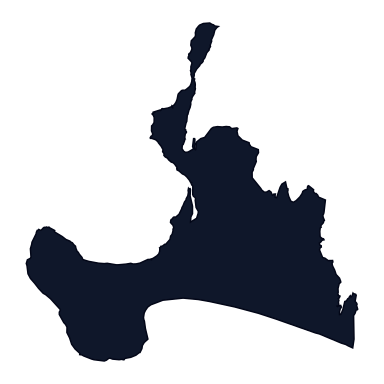 As Salif, Al Hudaydah, Yemen (orthographic projection)
{"feature_id": "15242507B64792839712750", "entity_name": "As Salif", "entity_type": "district", "adm_level": 2, "iso_a3": "YEM", "parent_name": "Yemen", "parent_adm1": "Al Hudaydah", "projection": "orthographic", "projection_center": [42.691, 15.273], "detail": "fine", "context": "isolated", "style": "filled", "palette": "ink", "viewbox_px": 384, "rotation_deg": 0, "n_neighbors": 0, "source": "geoboundaries", "source_scale": "gbopen_adm2", "svg_char_len": 5990}
<svg xmlns="http://www.w3.org/2000/svg" viewBox="0 0 384 384"><path d="M354.0,339.2L353.6,315.6L355.0,313.4L356.1,310.1L357.4,309.7L357.7,309.2L356.5,305.1L357.0,304.6L356.8,303.4L355.1,301.3L356.2,295.3L355.7,294.3L353.4,293.6L353.0,293.1L352.2,295.6L351.0,297.0L350.3,295.7L349.3,297.0L348.9,298.1L347.8,298.7L346.4,300.9L344.8,301.5L342.9,309.4L341.8,312.2L340.7,314.5L339.5,314.6L339.5,311.9L340.1,309.3L341.4,307.1L340.7,305.4L337.4,306.6L337.0,306.1L338.9,305.3L338.4,302.0L338.9,300.5L338.3,298.5L339.3,297.9L340.0,296.1L338.2,295.4L338.3,294.8L337.8,293.7L338.2,292.4L338.0,288.6L339.2,283.6L340.7,282.4L340.7,281.4L339.5,278.2L336.1,274.5L334.6,270.0L332.9,266.6L332.3,265.1L332.1,263.0L332.9,262.0L332.6,260.5L328.2,260.6L325.0,258.2L322.6,257.5L319.5,249.9L320.1,247.8L321.3,247.1L321.2,245.7L319.7,245.0L319.4,243.0L320.9,241.9L322.0,240.3L324.0,239.8L323.5,238.8L321.8,238.3L320.1,236.7L319.8,231.5L320.2,228.0L321.2,227.2L320.8,226.2L321.1,225.3L323.3,222.8L323.8,221.0L324.4,220.4L323.1,217.1L322.9,215.0L323.6,213.9L324.0,212.2L325.4,200.0L318.5,197.1L317.7,195.1L316.1,193.5L315.3,193.6L313.8,192.4L313.4,190.8L313.6,189.7L308.6,185.7L307.7,186.2L307.4,187.7L307.5,189.1L304.6,190.1L302.8,191.4L302.2,193.4L299.9,196.9L296.1,200.7L293.3,202.3L290.8,201.1L288.7,196.4L287.6,191.9L288.0,190.1L287.9,188.7L286.9,188.4L285.5,181.9L281.9,184.1L280.1,187.3L276.6,197.7L275.2,197.4L275.1,195.2L275.4,194.0L273.8,194.1L273.5,195.0L272.5,195.3L270.9,191.9L269.1,190.6L266.3,192.2L264.2,192.1L261.6,189.9L260.9,188.6L252.2,177.8L252.1,172.3L253.4,169.7L253.3,168.6L256.3,161.5L256.0,159.7L256.2,156.7L258.5,152.7L258.3,149.6L250.9,146.7L250.1,145.2L249.5,144.9L249.1,142.7L242.3,140.1L237.9,135.7L237.0,131.3L237.9,128.5L236.9,127.9L231.7,128.6L229.5,126.8L226.1,126.5L222.2,127.0L217.5,126.6L213.3,127.3L211.4,128.5L204.7,137.4L200.8,138.6L196.7,141.9L196.3,143.8L196.1,149.0L195.6,149.7L194.7,149.4L194.6,148.6L194.6,145.6L195.1,143.9L194.8,142.4L194.9,139.3L194.6,138.6L193.6,138.6L192.6,146.6L193.4,148.4L193.0,149.2L188.2,152.0L185.6,152.4L183.7,151.3L182.0,148.6L182.3,145.7L182.8,144.5L183.2,144.4L184.6,140.6L184.7,139.2L185.2,139.0L184.9,138.5L184.8,136.9L185.3,133.8L186.4,132.5L186.4,131.7L185.5,130.6L185.7,129.9L185.0,129.4L184.8,128.3L186.0,123.1L186.8,121.3L187.3,114.9L187.8,114.6L188.9,110.3L190.1,107.5L190.8,104.3L190.7,102.1L192.0,99.1L191.8,98.1L192.6,96.5L194.8,93.2L194.6,93.0L194.7,91.6L195.4,88.7L195.1,87.2L195.3,84.9L195.1,82.9L194.2,80.1L194.7,79.0L193.6,78.3L194.3,74.9L194.1,73.7L196.7,69.0L199.8,65.5L199.9,64.6L202.4,62.4L203.2,61.1L203.1,60.1L204.8,57.9L206.8,52.7L209.2,49.9L208.9,49.6L209.0,49.1L210.5,46.5L210.2,45.2L211.7,41.1L211.4,39.9L213.7,34.7L214.8,30.2L216.8,27.6L218.3,26.5L215.4,26.1L214.2,25.6L213.7,24.9L211.8,24.3L209.8,23.0L203.3,23.5L199.6,25.1L198.5,26.2L196.3,29.0L195.3,32.8L195.5,34.5L195.3,36.5L191.3,40.8L190.8,45.2L191.8,47.6L191.9,49.1L190.9,51.6L189.9,53.2L189.1,53.6L188.7,54.3L188.9,55.5L188.3,56.8L188.1,58.2L191.2,61.5L191.8,62.4L191.9,63.3L190.9,66.7L190.9,69.7L190.5,70.4L191.2,73.1L190.9,74.3L192.1,78.1L191.7,81.8L190.9,84.3L189.8,86.4L187.0,88.8L185.1,90.2L182.7,90.2L181.5,90.6L178.4,93.8L178.0,94.8L177.1,99.4L175.9,102.4L174.2,104.9L171.9,106.3L173.2,108.5L171.8,106.2L171.7,106.6L168.1,108.0L163.2,108.9L162.8,108.6L161.8,108.8L161.0,110.2L160.4,110.5L160.1,110.0L153.1,112.2L152.9,113.3L153.3,113.3L152.1,114.0L153.3,115.3L154.2,117.6L154.1,122.5L152.6,125.0L151.6,125.9L151.5,130.9L152.8,134.0L152.1,135.7L151.1,136.2L150.2,137.8L150.4,138.4L151.8,138.4L155.6,139.7L158.1,141.9L158.2,142.5L161.2,146.3L163.2,150.0L162.6,151.1L162.7,151.8L164.1,153.7L163.9,155.4L165.2,156.9L167.5,158.2L168.6,159.8L171.1,162.0L173.3,162.8L174.7,164.2L177.0,167.5L177.2,168.4L176.8,168.5L177.0,169.9L179.1,171.0L182.4,173.9L184.6,174.9L186.7,176.8L189.3,180.0L190.5,182.2L191.3,182.4L191.0,182.6L191.1,183.4L191.9,185.1L192.8,186.1L192.7,194.6L193.5,196.4L194.8,197.2L195.6,198.7L195.2,200.2L196.1,207.5L198.3,211.3L198.2,213.2L196.6,218.3L190.5,222.1L190.9,216.9L192.5,213.6L192.5,206.1L190.1,195.8L190.5,189.7L190.1,188.6L188.7,188.7L188.5,188.4L188.1,190.5L188.4,192.3L187.8,195.8L186.2,198.7L186.0,200.0L184.5,202.0L183.1,205.6L182.0,207.5L181.6,209.0L179.0,214.3L175.5,217.3L174.8,217.0L173.5,217.2L171.5,219.6L171.1,219.6L170.7,220.7L170.5,222.5L173.1,225.4L173.7,227.8L173.0,229.1L173.0,230.9L172.1,234.3L170.6,236.1L170.0,239.4L165.7,244.3L164.7,244.3L162.3,246.2L160.9,246.3L160.6,247.1L159.6,247.8L159.8,248.2L159.7,251.2L158.8,253.9L156.8,255.9L153.1,258.3L151.5,258.9L151.5,259.7L151.2,259.7L151.1,259.0L149.3,259.5L148.0,259.4L140.0,263.1L136.1,263.9L133.0,264.0L130.8,263.3L126.1,264.1L118.2,264.8L116.2,264.8L107.2,263.3L104.2,263.6L98.6,263.2L88.9,261.4L84.8,260.2L83.2,259.6L82.6,259.1L82.0,257.4L79.3,254.2L78.2,252.2L77.2,251.5L75.9,248.3L75.5,246.2L73.8,244.7L72.4,242.8L70.6,241.9L69.9,241.1L66.0,239.5L62.3,236.6L55.0,232.2L54.4,231.5L54.7,230.5L49.5,227.7L49.0,227.1L47.4,227.4L46.4,227.0L45.5,227.4L44.2,227.3L43.2,228.0L41.3,230.1L40.6,230.3L38.7,229.4L38.0,230.3L37.2,230.4L36.4,232.2L36.1,233.9L32.0,242.2L31.7,244.3L30.4,248.8L31.0,257.0L30.4,258.3L27.4,259.8L26.3,263.5L27.0,265.7L28.0,273.8L30.5,278.5L34.6,283.2L38.7,288.5L43.2,293.3L45.6,294.6L50.6,298.8L60.0,309.2L60.4,310.1L59.3,312.1L59.3,314.5L63.8,322.6L65.5,324.4L67.0,327.2L66.9,332.5L69.6,337.9L71.7,344.3L75.1,349.0L79.9,353.4L79.7,354.6L81.9,354.9L83.6,355.9L91.5,359.0L93.9,359.7L104.3,361.0L106.4,360.2L108.7,358.4L109.9,358.1L112.6,359.1L119.1,359.7L122.2,359.3L123.1,359.8L124.1,359.7L124.4,359.0L125.4,358.3L130.8,357.3L135.9,355.2L139.1,352.7L140.0,352.5L141.9,348.6L142.4,345.5L144.2,342.5L147.9,339.1L145.4,328.5L144.4,321.2L143.8,319.5L143.5,317.5L144.2,313.0L145.5,310.3L147.7,307.1L150.8,304.8L162.9,300.2L183.1,298.1L198.3,299.5L209.7,301.5L234.6,306.9L258.5,313.3L275.9,319.0L315.4,332.9L319.3,333.9L341.3,343.1L345.8,344.5L348.1,345.8L352.7,347.9L354.0,339.2Z" fill="#0f172a" stroke="#020617" stroke-width="1.5"/></svg>